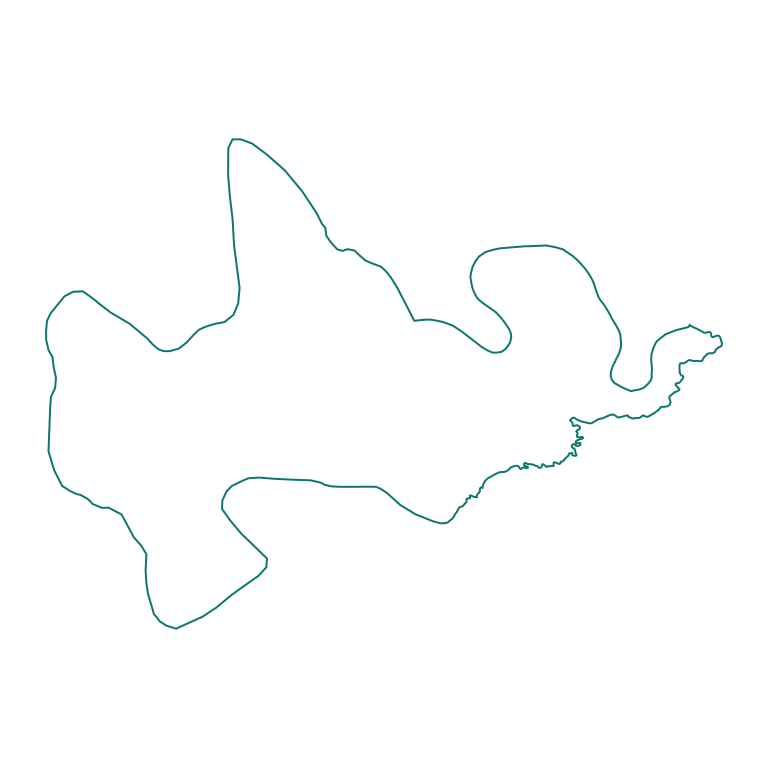 outline of Viengkham, Vientiane, Laos, rotated 270°
{"feature_id": "54806243B32132961433294", "entity_name": "Viengkham", "entity_type": "district", "adm_level": 2, "iso_a3": "LAO", "parent_name": "Laos", "parent_adm1": "Vientiane", "projection": "natural_earth1", "projection_center": [102.518, 18.403], "detail": "fine", "context": "isolated", "style": "outline", "palette": "teal", "viewbox_px": 768, "rotation_deg": 270, "n_neighbors": 0, "source": "geoboundaries", "source_scale": "gbopen_adm2", "svg_char_len": 6141}
<svg xmlns="http://www.w3.org/2000/svg" viewBox="0 0 768 768"><g transform="rotate(270 384 384)"><path d="M282.0,62.2L276.9,70.3L274.4,75.6L272.8,81.1L269.4,87.1L267.3,89.8L264.2,92.3L260.2,101.7L260.3,108.6L253.5,121.6L245.0,126.2L230.7,133.8L222.2,141.4L213.7,146.4L197.5,145.6L185.6,146.3L173.7,148.1L162.3,151.5L154.2,153.8L146.6,159.8L142.4,166.3L139.3,176.1L145.6,189.9L151.4,202.7L160.2,216.0L173.3,231.9L182.5,244.7L192.2,258.5L200.9,266.4L209.4,267.0L220.3,255.9L234.4,241.2L247.6,230.2L259.0,222.0L267.6,222.4L276.7,226.6L282.0,231.8L287.4,242.8L289.8,248.7L290.4,259.4L289.2,274.5L288.2,295.1L287.7,310.5L285.6,319.9L284.3,322.8L282.8,325.4L282.8,326.5L281.6,332.0L281.2,340.0L281.2,354.6L281.3,367.5L281.2,375.9L279.3,380.4L275.0,387.0L262.9,400.4L253.6,415.7L246.7,433.1L244.6,440.9L244.9,445.4L245.6,447.8L246.7,449.2L247.3,449.6L248.5,451.3L249.3,452.3L251.2,453.7L252.2,454.4L253.2,454.7L254.3,455.3L255.3,456.3L259.7,458.7L260.5,459.4L261.1,460.1L261.3,460.9L261.5,462.0L261.9,462.8L262.7,463.6L263.6,464.2L264.6,464.9L265.3,465.9L266.0,466.6L268.6,466.5L269.3,466.9L269.5,467.6L269.7,469.8L270.5,470.1L272.2,469.8L272.6,470.4L272.5,471.3L271.9,472.2L271.1,474.0L270.8,476.9L271.9,476.5L274.1,477.8L274.9,478.7L276.0,479.6L278.9,479.9L280.1,480.4L280.6,481.1L280.2,482.5L283.3,483.2L285.6,484.2L287.1,485.2L289.4,487.4L290.8,489.9L293.1,493.9L295.2,498.2L295.9,500.2L296.0,502.8L296.2,505.1L297.5,507.5L299.2,509.8L300.7,510.7L301.0,511.7L302.1,515.0L302.2,516.7L302.0,517.6L301.6,518.4L301.1,519.1L300.2,519.4L299.1,520.4L299.2,521.4L299.8,522.0L300.6,523.2L300.5,524.3L299.8,526.1L300.1,527.8L301.4,527.6L301.7,526.0L302.7,524.3L304.0,524.0L304.8,524.5L305.0,525.8L304.4,526.8L303.8,528.4L303.9,530.4L303.2,533.4L302.4,535.3L301.9,537.2L300.7,538.4L300.2,539.2L300.3,540.7L300.7,541.3L301.3,541.6L302.3,541.8L303.6,542.4L303.8,543.1L301.2,546.6L301.8,548.8L302.0,553.4L305.4,553.7L305.6,554.5L305.6,555.4L304.2,558.5L304.1,559.6L304.7,560.5L305.7,560.5L306.4,561.2L306.8,563.0L307.3,563.7L308.1,563.9L311.9,567.9L313.8,569.1L314.5,569.2L314.9,572.2L312.9,572.3L312.4,573.3L312.2,575.8L312.8,576.4L315.4,575.5L316.8,575.3L318.1,574.9L319.3,574.3L320.0,572.9L321.1,571.8L322.6,572.0L323.8,573.0L323.5,574.7L322.6,575.4L322.1,577.6L322.4,579.4L322.9,580.1L324.8,580.5L325.1,580.1L325.1,579.4L324.9,578.3L324.6,576.3L325.5,575.6L326.5,575.9L327.0,576.3L328.0,577.8L329.4,582.3L330.1,583.0L330.8,582.8L330.9,582.1L330.9,581.0L330.7,579.2L330.9,577.9L331.3,576.9L332.7,576.9L333.9,577.6L334.9,577.4L335.6,577.0L336.4,576.3L337.4,576.8L338.0,578.2L339.1,579.7L340.6,580.0L341.7,579.3L342.7,577.6L342.7,576.3L342.0,574.1L342.2,573.1L343.0,572.7L344.0,572.7L346.1,571.8L347.8,570.1L349.4,571.6L350.4,573.3L350.1,574.7L348.4,576.8L346.6,581.2L344.6,589.7L345.0,592.1L346.2,593.8L346.9,595.2L348.9,598.6L349.3,600.9L349.8,602.8L352.5,608.8L353.3,611.3L353.4,613.6L352.2,615.6L350.9,617.3L350.5,618.4L351.1,621.3L352.6,627.0L352.4,628.0L351.0,628.5L350.4,630.8L349.7,631.6L349.5,633.9L350.1,636.4L349.9,638.1L350.2,639.6L351.0,641.0L352.2,642.3L352.6,643.0L352.4,643.8L351.9,644.5L351.4,645.7L351.2,647.0L351.6,648.7L353.1,651.2L353.7,651.8L354.1,653.2L355.0,654.3L357.3,657.5L358.6,659.1L359.8,659.9L361.1,661.2L361.3,662.4L361.1,663.2L361.2,664.6L361.7,667.3L363.0,669.5L364.5,670.3L365.9,670.5L367.1,670.3L370.5,669.2L372.1,669.9L372.8,671.1L375.8,674.6L376.4,676.7L377.1,678.0L378.0,679.2L379.0,679.4L380.1,678.0L381.9,676.7L382.8,675.8L384.0,675.6L384.8,676.6L384.8,678.5L385.6,679.6L386.4,680.5L387.4,681.1L388.2,681.8L389.5,682.8L391.0,683.3L392.0,682.8L392.6,681.3L393.7,680.5L395.0,679.9L397.6,679.6L399.3,679.5L402.3,679.5L404.5,680.1L404.9,681.4L404.6,683.2L405.1,684.6L406.6,687.1L407.2,687.8L407.7,688.7L407.9,689.5L407.9,690.5L406.9,693.3L407.2,696.8L406.9,698.1L406.8,700.2L406.8,701.3L407.7,702.5L409.1,703.1L410.8,704.0L414.2,707.5L414.8,709.9L414.7,712.3L415.7,714.6L416.7,715.2L418.2,715.8L420.4,718.3L421.6,720.9L423.1,721.9L424.9,721.9L426.7,721.3L428.1,721.0L429.8,720.4L431.4,719.7L432.3,718.7L432.2,716.4L431.3,714.2L430.8,712.6L431.5,711.5L432.8,711.2L434.2,711.2L435.6,710.4L436.0,709.3L435.8,707.8L435.2,705.8L435.3,704.1L436.0,702.8L436.7,701.7L439.9,695.5L440.6,693.7L441.6,691.9L442.3,690.6L443.0,689.7L442.1,689.3L441.0,688.2L440.5,686.6L437.7,675.6L433.8,665.8L430.2,661.0L426.4,656.5L421.0,653.7L414.0,651.5L407.2,651.2L399.0,652.0L394.0,651.6L390.5,651.8L387.3,650.6L383.9,647.8L380.3,643.9L378.4,638.9L377.3,632.9L376.9,630.9L380.6,622.1L385.2,614.1L388.2,611.9L392.0,610.7L395.8,610.9L401.4,612.5L405.7,614.7L409.9,616.6L413.3,618.5L417.3,619.9L420.0,620.7L422.2,621.0L425.9,621.0L429.7,620.6L433.0,620.4L437.5,618.9L443.9,615.3L448.9,612.2L455.1,609.0L463.5,603.9L467.4,600.7L471.3,598.3L478.9,595.6L484.5,593.9L488.7,592.0L493.7,589.1L499.6,584.9L503.2,581.8L508.2,577.1L512.4,572.2L518.7,562.8L520.9,554.9L522.5,546.3L521.9,532.1L521.7,524.5L520.5,509.8L519.6,499.6L518.3,493.4L515.9,485.4L511.4,478.9L506.1,475.1L501.4,472.7L495.3,471.0L490.8,470.4L485.8,471.2L479.9,472.5L476.3,473.8L470.4,476.9L468.5,478.6L465.6,482.0L455.8,495.8L451.1,500.2L444.3,505.6L438.4,509.4L433.9,511.0L431.1,511.2L427.1,510.5L425.0,509.8L421.4,507.5L418.7,505.2L416.1,501.4L415.3,496.3L415.4,492.5L417.8,487.0L421.2,481.5L436.0,462.4L442.3,453.0L445.9,443.3L447.2,437.5L448.4,430.2L448.2,423.4L447.2,414.3L479.9,397.5L490.5,390.9L497.1,385.6L501.3,381.0L505.1,370.7L507.6,365.3L511.9,360.3L517.5,354.5L518.8,347.5L517.1,342.7L518.6,337.3L525.2,331.3L532.1,326.3L539.9,325.4L544.0,322.1L555.1,316.5L577.2,301.8L597.6,284.8L613.6,266.7L624.5,252.0L628.7,240.6L628.6,232.5L619.9,228.3L592.6,228.1L569.6,230.1L548.5,232.6L522.2,234.1L480.1,239.6L464.7,238.2L453.2,233.5L445.9,224.4L444.3,215.8L442.8,210.4L440.8,204.5L438.4,199.2L434.5,194.9L425.3,186.4L419.4,178.9L416.9,169.8L416.9,163.3L418.7,158.4L423.9,152.4L429.6,147.2L444.2,129.7L455.5,110.6L463.5,100.2L470.2,92.0L476.7,82.7L476.2,73.0L471.7,64.5L454.8,50.7L447.1,47.0L437.5,46.1L427.9,46.2L417.9,48.5L411.2,52.4L400.7,53.7L390.1,56.0L380.1,55.1L370.9,50.9L361.0,50.2L316.7,48.5L297.9,54.1L282.0,62.2Z" fill="none" stroke="#0f766e" stroke-width="2"/></g></svg>